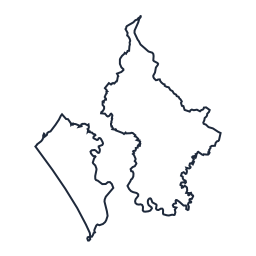 the district of Thach Ha, Ha Tinh, Vietnam, rotated 180°
{"feature_id": "81297802B93916372624290", "entity_name": "Thach Ha", "entity_type": "district", "adm_level": 2, "iso_a3": "VNM", "parent_name": "Vietnam", "parent_adm1": "Ha Tinh", "projection": "natural_earth1", "projection_center": [105.851, 18.322], "detail": "fine", "context": "isolated", "style": "outline", "palette": "slate", "viewbox_px": 256, "rotation_deg": 180, "n_neighbors": 0, "source": "geoboundaries", "source_scale": "gbopen_adm2", "svg_char_len": 5781}
<svg xmlns="http://www.w3.org/2000/svg" viewBox="0 0 256 256"><g transform="rotate(180 128 128)"><path d="M144.2,137.5L143.8,137.2L144.7,134.2L144.5,133.4L145.0,132.6L145.0,131.3L144.6,129.6L144.0,129.7L143.5,128.0L143.0,127.7L143.6,126.8L141.4,126.4L140.5,126.8L140.0,126.5L140.1,125.6L133.3,123.0L132.0,122.0L130.4,123.4L129.9,122.6L125.4,122.8L124.7,123.2L123.3,123.0L120.7,120.8L121.2,119.7L120.0,119.3L117.9,117.3L118.3,116.4L119.1,115.9L117.7,115.4L116.5,115.6L116.3,114.3L115.9,114.2L116.2,112.8L115.7,112.5L116.2,110.1L116.8,110.2L116.7,111.4L117.3,111.4L118.2,110.2L118.3,108.4L120.2,108.0L120.1,106.6L120.7,105.3L122.4,105.1L122.9,104.7L121.9,103.0L123.1,102.0L122.1,101.1L120.4,97.2L120.5,96.3L121.3,94.9L120.1,93.6L119.6,92.4L121.2,89.8L123.4,88.9L125.4,86.9L124.8,84.8L123.4,84.6L122.8,83.5L122.5,82.3L122.7,79.5L123.8,77.3L125.0,76.4L125.6,74.8L128.5,70.1L126.9,67.0L125.0,64.9L122.9,63.9L119.4,63.0L117.8,61.7L117.8,60.1L120.3,56.9L120.7,55.7L120.9,54.6L120.5,52.9L119.0,51.7L117.1,51.4L115.4,51.7L113.8,51.0L113.0,49.1L113.2,45.6L112.4,44.6L110.9,44.3L107.6,44.7L105.6,45.5L104.1,47.6L104.4,48.6L107.3,50.8L108.1,52.9L108.2,54.9L107.7,56.4L106.6,57.5L105.5,57.6L104.9,57.0L103.6,53.6L99.7,51.5L99.4,50.8L100.0,47.4L99.5,46.6L98.8,46.1L97.5,46.0L95.1,47.4L93.6,47.3L92.9,46.0L93.0,42.7L92.6,41.7L89.1,40.7L87.1,40.5L83.9,41.3L81.9,41.0L81.3,41.3L80.6,43.8L81.2,46.3L79.6,48.4L82.5,49.1L83.2,50.8L82.3,52.1L80.0,52.7L80.4,55.3L79.9,56.0L79.1,55.9L76.5,54.1L72.5,50.5L70.1,50.5L69.6,49.0L69.8,46.9L68.2,46.0L67.5,46.4L67.1,49.2L68.0,51.3L67.7,52.7L67.0,53.4L65.2,53.4L64.8,53.9L64.9,54.5L66.4,55.1L66.5,56.5L66.0,57.0L64.2,57.1L62.8,59.9L63.0,60.5L64.2,61.1L65.0,63.2L65.7,63.0L66.6,61.1L67.3,60.7L67.8,61.0L67.6,63.0L69.8,63.1L68.8,65.4L69.0,68.2L69.5,69.0L71.4,70.3L72.8,68.7L74.1,68.2L74.3,68.7L74.0,70.3L75.5,70.9L75.5,71.7L74.7,73.4L72.0,73.8L70.7,72.9L70.0,73.8L70.4,75.3L72.4,76.2L73.2,77.6L73.3,79.3L75.0,80.3L74.2,82.9L72.3,83.8L70.5,82.1L69.6,82.4L69.1,84.2L69.2,85.5L69.8,86.6L69.2,87.3L69.6,88.2L66.8,87.5L65.7,88.1L65.4,88.9L66.6,90.3L66.1,92.5L64.6,92.9L64.3,92.3L63.7,92.1L63.6,92.7L63.1,91.9L62.1,94.1L62.8,94.4L62.5,94.9L62.8,95.8L62.1,96.8L62.3,97.8L63.4,98.1L63.8,98.8L63.3,99.0L63.2,99.6L61.5,100.0L61.5,99.3L60.4,98.3L60.0,99.2L60.4,99.6L59.8,100.2L59.6,101.2L60.2,101.9L58.8,102.6L58.3,103.9L57.8,104.2L53.9,101.4L52.8,101.0L52.4,101.7L48.8,101.4L47.9,101.5L47.8,102.2L47.6,101.8L47.1,102.1L46.5,103.2L46.9,103.5L47.0,104.2L46.6,105.5L46.9,106.0L45.5,107.9L45.6,109.2L44.2,110.1L41.1,110.2L40.3,113.2L39.0,114.7L37.7,115.0L37.0,115.9L35.4,123.0L37.6,124.0L43.1,127.6L47.5,128.9L50.1,131.4L52.3,132.2L52.7,133.4L51.7,135.7L51.3,138.0L49.5,139.5L48.9,140.8L48.8,142.2L47.0,144.1L46.3,146.0L49.9,148.6L52.1,148.4L52.5,147.1L53.3,146.3L54.6,146.0L56.0,144.7L59.1,146.3L62.2,145.8L64.2,146.4L65.5,145.7L66.3,144.4L71.4,146.1L72.6,149.9L74.1,150.2L75.0,153.1L74.2,154.6L75.7,156.9L76.5,157.4L77.4,159.2L79.3,159.9L79.8,161.3L82.1,162.5L83.5,164.9L85.6,166.0L87.3,168.7L89.5,169.2L91.3,170.2L91.4,171.6L92.8,172.0L94.6,173.5L95.8,175.1L96.2,176.6L98.0,176.5L98.7,176.0L100.1,175.8L102.0,177.7L102.7,179.2L102.7,180.4L101.0,183.5L100.1,188.5L98.3,190.9L97.9,192.1L98.5,193.0L102.1,194.9L102.7,195.6L102.4,200.0L102.7,202.0L103.7,203.3L107.5,204.5L115.5,211.5L117.2,214.9L118.3,216.3L121.5,223.1L121.4,225.5L117.8,233.5L116.7,237.2L115.4,238.8L115.1,240.6L116.1,238.8L117.6,237.9L118.8,236.4L120.6,235.8L122.7,233.6L129.0,230.0L129.6,229.3L129.8,228.0L130.5,226.9L128.4,223.1L128.8,220.5L127.7,219.6L126.3,217.2L125.8,215.1L126.4,213.6L126.1,211.6L126.6,209.7L126.9,205.2L128.4,205.1L128.7,204.0L129.7,203.1L130.0,202.3L131.3,203.1L131.6,202.3L134.0,200.1L135.7,197.6L136.1,196.5L136.1,192.1L134.6,188.6L132.6,186.8L132.6,185.9L134.7,184.0L139.0,182.4L137.7,179.8L138.2,179.2L138.9,175.4L139.3,174.6L139.8,174.6L141.7,172.5L142.8,173.0L143.3,172.5L143.8,172.7L145.0,171.5L147.1,172.9L151.1,167.9L149.3,165.8L149.3,165.1L148.7,164.6L149.6,164.1L149.3,162.6L150.0,162.0L151.3,159.0L150.7,157.8L150.1,157.5L150.0,156.4L150.8,156.4L152.1,155.0L152.2,154.2L152.9,154.8L153.4,154.5L153.4,151.1L151.9,149.3L151.9,147.3L153.0,145.2L154.7,143.8L154.9,142.7L151.0,142.3L149.1,140.0L148.1,139.5L146.5,140.3L145.3,142.2L144.7,142.3L143.6,140.7L144.2,137.5ZM220.6,109.5L203.5,86.1L190.8,67.4L178.8,48.0L170.1,31.5L166.2,23.1L165.8,20.3L166.5,19.2L168.3,18.7L168.7,17.4L168.0,15.5L167.1,15.4L165.8,16.7L166.1,19.2L164.1,19.3L162.9,21.3L162.4,22.9L161.0,23.6L161.7,25.0L161.5,26.4L159.7,30.5L158.6,31.5L156.6,30.8L153.1,32.0L150.9,33.9L149.8,35.8L148.4,40.1L149.1,44.7L151.5,54.4L151.3,56.5L150.2,59.3L142.7,68.1L144.2,72.0L146.1,73.9L148.2,73.8L150.3,72.0L153.7,71.9L158.3,75.4L159.9,75.9L160.7,77.1L160.8,79.9L159.5,86.4L159.6,87.5L160.7,90.5L162.8,92.6L163.2,93.4L161.9,97.6L160.5,99.4L160.9,99.9L162.4,99.9L163.2,100.3L165.0,102.6L165.5,104.4L164.2,105.7L161.4,106.0L160.2,105.4L158.2,103.3L157.3,103.1L156.7,103.5L156.2,105.1L156.2,106.8L157.4,109.0L157.3,109.7L153.7,111.0L153.0,112.3L153.3,113.7L155.0,116.9L155.7,117.7L156.8,118.0L157.3,117.7L158.2,116.2L159.0,116.0L162.1,117.6L162.6,118.0L162.6,118.8L162.1,119.7L160.6,120.8L160.8,121.4L163.4,122.5L163.8,123.3L166.1,123.8L166.2,124.4L166.8,124.2L167.2,125.2L168.2,124.2L167.9,126.1L168.4,126.9L167.6,127.3L167.1,128.9L167.5,131.5L168.5,130.8L171.1,132.2L173.7,132.1L174.7,131.5L174.4,129.8L177.2,129.1L176.4,130.3L180.3,131.9L182.2,132.1L182.6,131.7L183.0,132.3L183.6,131.5L184.1,132.0L184.9,131.1L185.2,132.8L188.0,136.8L189.9,137.0L194.0,141.7L195.1,140.3L197.1,136.3L200.5,131.2L205.5,124.6L207.3,124.0L208.6,123.1L209.2,121.0L211.6,119.1L211.4,121.7L212.0,122.3L212.8,120.5L212.8,118.4L213.5,116.5L214.8,114.8L219.1,111.5L219.1,111.1L220.6,109.5Z" fill="none" stroke="#1e293b" stroke-width="2"/></g></svg>